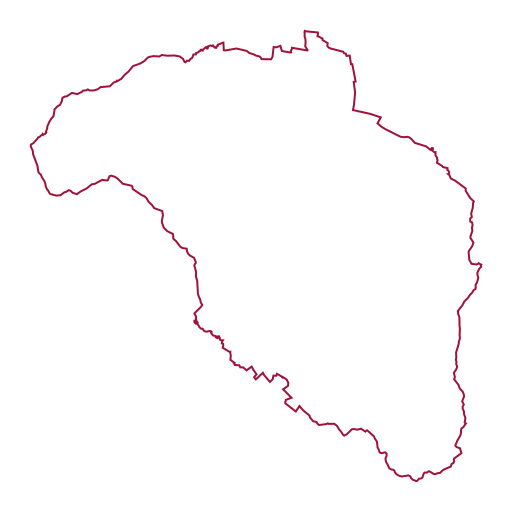 the district of Bretea Romana, Hunedoara, Romania
{"feature_id": "2599482B96902853803032", "entity_name": "Bretea Romana", "entity_type": "district", "adm_level": 2, "iso_a3": "ROU", "parent_name": "Romania", "parent_adm1": "Hunedoara", "projection": "albers", "projection_center": [23.022, 45.65], "detail": "fine", "context": "isolated", "style": "outline", "palette": "rose", "viewbox_px": 512, "rotation_deg": 0, "n_neighbors": 0, "source": "geoboundaries", "source_scale": "gbopen_adm2", "svg_char_len": 5951}
<svg xmlns="http://www.w3.org/2000/svg" viewBox="0 0 512 512"><path d="M421.4,478.4L422.4,477.5L423.8,473.4L424.7,472.5L427.1,472.5L428.4,471.4L429.4,471.3L433.8,474.0L435.4,474.1L437.5,473.2L440.3,472.8L441.9,470.9L444.2,469.4L450.8,466.6L451.6,464.0L453.4,463.0L454.1,461.6L453.8,459.5L454.1,458.5L461.4,453.2L460.0,448.3L456.9,447.2L455.6,446.1L455.4,445.3L457.3,440.7L460.4,435.4L461.0,432.6L461.0,430.0L461.6,428.4L463.4,427.0L465.9,423.5L465.2,423.3L464.7,422.4L465.4,418.0L464.1,414.3L463.9,411.4L462.6,408.3L462.7,406.6L463.8,404.6L462.2,401.2L464.1,396.4L463.7,394.1L462.6,391.5L459.8,388.5L458.3,384.6L454.1,379.2L454.9,377.2L453.9,372.8L456.1,369.6L457.2,366.8L456.2,364.0L456.5,362.1L455.9,359.9L456.3,357.5L456.1,352.4L458.8,343.7L458.7,342.1L459.9,338.5L459.6,334.4L459.9,328.5L459.5,325.7L459.4,317.3L458.0,313.2L458.2,312.0L457.8,311.1L462.3,305.4L464.5,301.2L468.0,297.9L469.9,294.9L472.2,292.6L473.7,290.1L475.4,289.1L475.7,287.9L475.6,284.8L477.0,282.6L478.3,277.7L477.3,274.2L477.5,272.4L479.3,268.7L481.2,266.8L480.7,265.8L481.3,264.7L478.5,263.2L477.9,263.9L476.4,264.5L471.5,263.8L469.3,259.8L468.6,251.9L469.3,250.4L472.2,246.2L473.4,242.9L472.9,241.7L470.4,237.9L470.6,235.9L472.4,230.9L471.9,227.6L472.6,225.3L472.1,222.4L470.4,221.7L470.1,219.7L470.3,218.4L471.8,217.0L471.2,213.4L472.8,207.6L473.0,203.4L473.8,201.4L470.3,198.1L466.4,192.0L465.7,190.8L465.7,188.5L455.1,180.6L450.9,178.6L449.4,175.0L448.2,174.1L448.7,174.0L449.1,173.1L449.0,172.0L448.3,170.5L447.4,170.1L447.5,168.1L443.0,167.1L441.8,165.7L437.1,162.9L437.0,162.4L437.6,160.2L437.0,158.8L437.2,157.8L435.5,155.5L435.5,152.2L434.7,152.5L431.4,149.9L431.5,149.3L433.0,148.9L432.9,148.2L431.8,148.0L430.8,149.2L430.7,149.9L430.4,149.8L426.0,146.3L414.9,142.9L411.1,138.7L409.3,137.4L407.3,136.8L403.7,137.2L400.4,136.7L385.3,129.1L381.4,126.7L377.5,123.3L380.8,117.4L370.4,113.9L353.0,110.1L354.0,104.6L355.1,92.6L353.7,81.9L355.6,81.5L352.3,64.2L351.0,64.2L349.7,55.6L346.5,55.9L345.8,53.7L344.0,53.2L343.3,51.8L330.3,48.4L328.6,47.5L327.3,46.0L327.7,43.2L322.5,40.0L322.5,38.5L317.4,36.0L317.9,34.7L317.9,32.5L305.8,31.3L304.8,30.9L304.4,32.2L304.7,33.0L304.6,36.7L305.4,38.8L305.6,42.8L305.2,46.3L307.6,50.2L308.2,50.6L292.0,47.8L292.0,48.8L290.8,50.9L291.1,52.4L290.7,52.6L281.9,51.0L280.4,45.9L276.3,47.3L273.6,47.1L272.5,56.8L271.1,59.3L261.5,59.1L260.8,57.6L259.6,56.5L255.9,55.6L253.6,54.3L249.3,53.0L246.7,50.9L236.4,48.5L225.8,50.4L223.8,50.3L223.4,42.6L217.8,44.7L217.9,45.7L216.3,46.6L216.4,47.7L216.1,47.9L214.5,47.5L212.9,45.4L212.2,46.0L210.3,45.5L207.8,46.5L208.2,46.9L207.6,48.6L207.0,48.6L205.7,47.3L202.7,49.8L202.7,50.6L202.1,50.6L201.4,49.7L200.6,49.8L200.2,50.9L198.8,51.5L198.4,52.3L196.1,53.0L195.9,54.4L193.4,54.5L192.3,57.7L190.3,59.1L189.1,60.9L187.0,60.6L185.5,62.3L184.5,61.8L183.0,58.9L179.8,56.5L174.5,55.5L167.1,55.7L161.8,55.0L159.3,56.5L153.5,56.1L149.3,56.9L147.9,57.5L144.4,61.0L140.5,63.4L133.0,66.1L128.3,71.8L124.9,74.5L121.3,78.8L117.7,80.9L117.1,80.8L117.2,81.2L113.7,82.5L109.8,86.3L100.7,87.1L97.6,89.3L93.6,90.5L89.3,90.4L87.8,89.4L86.3,90.3L82.9,90.7L81.6,92.0L77.3,94.1L72.0,92.9L66.6,96.4L64.6,96.6L62.5,97.8L61.8,101.2L60.1,104.7L57.3,106.5L54.4,109.5L54.5,110.4L53.4,116.4L51.5,118.3L49.2,122.1L47.3,126.5L47.2,128.4L45.9,131.9L46.3,132.6L45.2,133.8L43.3,134.7L42.8,134.2L42.7,134.8L42.3,134.5L39.5,136.9L38.0,137.5L37.6,138.5L33.3,143.2L30.9,144.6L30.7,146.3L32.8,150.9L33.1,154.3L37.4,165.7L38.4,171.9L38.8,172.8L40.9,174.7L41.9,177.2L44.4,181.1L45.3,183.7L45.7,186.3L47.1,189.5L48.0,190.3L49.5,193.2L50.3,194.0L56.4,195.6L60.5,195.2L64.1,192.5L66.3,191.8L68.8,190.1L70.9,191.0L72.5,192.7L76.8,194.2L81.2,191.1L86.4,188.6L91.8,184.3L94.9,183.8L102.1,179.9L107.3,180.5L107.8,180.1L109.3,176.6L109.9,176.0L111.2,175.7L114.6,176.7L117.4,178.4L122.9,183.8L131.1,185.6L132.3,186.3L132.7,189.0L141.7,195.1L144.4,196.2L146.5,198.1L148.6,201.9L151.8,204.8L154.3,208.2L162.2,211.0L163.0,215.3L161.9,220.3L161.9,222.3L163.7,227.5L167.3,231.2L172.8,233.9L173.2,235.3L173.3,238.7L176.0,241.1L180.4,246.8L182.4,248.0L186.7,248.7L187.0,251.4L188.3,253.9L189.9,255.5L194.0,257.8L195.7,261.8L195.7,263.1L194.6,264.5L194.3,265.5L196.1,271.9L195.9,276.4L197.2,280.8L197.9,293.7L199.0,297.2L200.1,299.2L200.8,302.5L202.2,305.0L201.0,306.8L194.4,313.4L195.9,316.2L196.1,317.4L195.8,318.6L196.2,319.8L196.0,320.4L194.4,320.7L194.5,322.4L195.8,323.5L196.5,322.0L197.2,321.7L197.6,322.4L197.7,324.5L198.5,325.4L199.4,327.2L201.1,328.7L202.5,328.7L204.3,331.1L206.3,331.7L210.0,331.0L211.1,331.3L211.6,331.9L211.0,332.3L211.4,333.5L213.0,335.4L215.9,336.2L216.2,336.5L215.9,337.4L217.2,338.1L217.6,338.1L217.5,336.5L218.9,336.2L219.8,338.0L220.0,339.7L221.0,340.3L222.9,340.3L222.1,341.6L221.9,343.4L223.1,343.8L223.3,345.3L222.7,347.8L229.5,351.8L230.3,351.7L230.2,352.8L230.8,355.5L230.4,359.8L233.6,362.2L233.6,362.7L234.6,362.9L234.3,364.0L234.8,365.0L239.3,365.3L240.2,367.3L243.2,367.4L246.5,370.3L251.7,366.6L253.3,369.7L256.5,374.3L254.1,377.2L255.8,379.4L262.9,372.8L264.1,375.1L269.9,381.9L272.7,379.3L273.4,375.6L276.3,375.7L276.9,373.8L280.7,375.9L282.3,377.4L282.6,376.9L286.6,379.5L288.3,382.8L288.0,385.9L283.1,389.3L291.5,397.8L285.8,399.9L285.6,401.3L285.2,401.9L285.3,403.3L295.8,411.5L299.5,406.0L303.2,410.4L309.2,415.3L309.8,416.2L310.0,417.5L313.1,421.2L316.5,422.1L317.8,424.1L319.2,425.0L326.3,424.1L327.7,423.4L328.9,423.9L334.3,423.8L337.0,425.9L339.2,429.6L340.8,431.3L343.3,435.0L344.2,435.6L346.8,434.2L351.9,429.3L353.9,429.0L357.3,429.7L361.0,428.7L365.4,431.6L366.6,430.4L367.3,430.4L373.9,436.3L374.9,438.7L376.9,441.5L377.6,447.5L378.6,449.3L379.7,452.5L381.7,453.2L385.2,452.3L386.5,453.4L386.6,455.8L385.6,458.0L385.5,459.5L386.4,462.6L387.7,464.7L389.3,468.3L391.4,469.5L393.4,469.8L394.4,470.6L394.9,472.3L396.3,474.0L398.3,475.4L401.6,476.5L408.4,475.4L410.3,476.4L411.2,478.2L412.8,479.7L416.3,481.1L417.4,480.6L419.0,478.7L421.4,478.4Z" fill="none" stroke="#9f1239" stroke-width="2"/></svg>